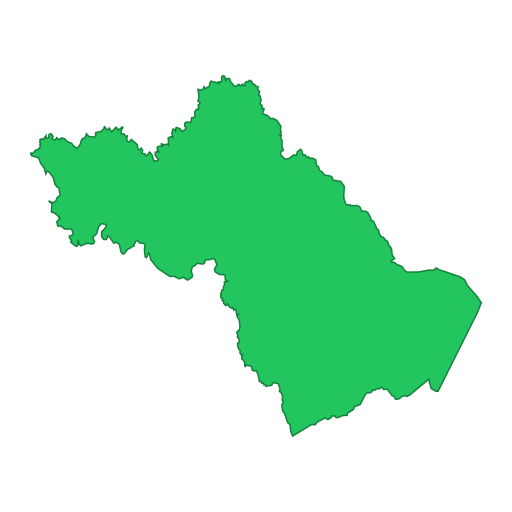 outline of Kedougou, Kédougou, Senegal
{"feature_id": "50182788B85082652306110", "entity_name": "Kedougou", "entity_type": "district", "adm_level": 2, "iso_a3": "SEN", "parent_name": "Senegal", "parent_adm1": "Kédougou", "projection": "equal_earth", "projection_center": [-12.631, 12.759], "detail": "fine", "context": "isolated", "style": "filled", "palette": "green", "viewbox_px": 512, "rotation_deg": 0, "n_neighbors": 0, "source": "geoboundaries", "source_scale": "gbopen_adm2", "svg_char_len": 5993}
<svg xmlns="http://www.w3.org/2000/svg" viewBox="0 0 512 512"><path d="M251.9,81.5L249.4,80.3L248.0,81.9L247.0,81.4L245.1,82.8L244.8,85.8L243.5,85.7L242.7,84.1L240.3,86.0L238.8,84.3L235.6,86.5L233.5,85.6L232.8,84.0L230.8,82.3L229.5,78.5L227.0,78.6L225.8,80.4L224.9,76.9L224.0,75.9L222.3,75.9L221.6,77.3L221.7,80.9L220.6,82.0L218.5,81.9L218.9,83.4L214.5,81.9L213.1,82.2L211.1,81.0L209.9,83.0L209.1,86.7L207.1,87.3L205.7,88.9L204.0,86.8L202.8,89.3L201.2,90.2L198.0,89.3L199.0,97.5L197.8,101.1L200.1,102.6L199.6,103.9L198.3,104.7L198.6,108.8L198.0,109.7L196.9,109.1L194.6,112.0L195.1,117.1L191.6,117.7L190.8,122.5L187.1,122.0L185.1,122.6L184.6,125.9L185.8,127.3L185.2,129.6L183.4,130.7L182.0,131.1L179.6,128.5L176.7,127.5L176.0,127.8L175.6,131.1L174.4,129.4L172.9,129.1L171.8,133.6L173.4,138.2L172.6,137.0L170.8,136.7L168.2,137.9L168.6,145.1L167.2,144.1L163.8,144.8L161.4,143.7L161.3,144.7L162.2,146.3L158.3,146.4L157.2,147.4L157.4,149.4L159.3,152.8L157.3,150.7L156.5,152.1L155.4,152.2L155.2,155.3L158.4,159.4L157.2,160.9L153.8,161.0L151.8,154.5L149.6,152.1L146.5,156.0L145.4,155.3L144.9,153.8L141.5,153.3L142.7,150.4L141.1,148.1L139.3,149.9L137.9,149.1L137.2,144.4L131.2,139.4L129.0,142.2L127.2,141.5L126.7,138.5L127.3,135.9L125.9,136.4L123.7,133.7L121.5,134.3L120.9,133.2L121.7,129.2L122.8,127.8L122.5,126.9L118.1,130.1L116.5,127.4L115.7,127.5L111.7,131.9L109.1,128.0L107.9,129.7L106.5,129.6L104.7,126.7L104.2,127.0L103.9,128.7L100.6,131.7L95.9,132.4L95.4,133.1L95.8,135.3L94.6,137.1L88.8,136.5L86.5,133.8L85.2,137.3L82.2,138.9L80.9,141.3L80.8,143.1L78.6,146.8L76.3,148.1L72.9,145.3L71.6,143.3L67.1,141.4L64.3,138.6L61.2,137.9L59.5,139.9L56.6,137.7L55.6,139.7L52.2,139.4L52.0,138.6L53.1,136.5L51.0,133.6L49.0,134.6L48.7,137.6L47.8,138.2L46.1,137.9L46.0,135.7L43.5,139.3L41.8,138.9L39.9,139.6L40.4,140.6L39.7,142.1L40.6,143.6L39.8,144.7L40.5,145.9L39.5,147.9L37.4,149.9L36.0,149.9L32.5,153.5L31.0,153.0L30.7,154.2L31.9,155.9L38.6,157.8L40.6,163.2L44.4,168.5L45.8,173.9L46.8,171.3L49.0,172.0L53.2,177.4L54.9,184.1L56.8,186.7L58.9,188.0L60.1,195.2L57.0,197.7L55.9,200.9L53.1,202.7L48.6,200.9L52.0,203.8L51.4,212.0L54.2,212.9L59.5,216.9L59.7,218.4L59.2,218.2L59.7,218.9L56.8,221.7L57.7,226.0L61.1,226.1L64.5,229.0L71.5,229.1L72.9,232.5L72.9,234.7L69.4,236.1L69.3,237.6L71.6,240.5L70.7,241.8L71.1,242.5L75.1,245.7L76.7,246.4L78.0,245.3L78.0,239.8L79.0,243.4L80.6,245.8L87.4,243.2L91.8,244.1L93.4,243.6L94.6,241.8L93.3,239.0L93.2,236.7L96.6,233.9L98.7,226.6L101.5,223.6L105.6,224.4L106.3,225.5L105.6,227.5L101.6,231.9L101.7,237.1L103.7,239.5L106.2,239.5L107.3,237.9L107.4,235.7L109.3,236.7L113.7,243.1L116.2,242.4L119.3,244.1L121.0,252.0L122.9,254.1L124.2,253.7L127.8,249.0L129.5,248.6L131.7,246.7L133.8,246.3L133.8,245.2L136.1,240.8L137.2,240.5L139.7,242.9L144.2,243.6L145.0,245.1L144.4,250.2L145.2,257.0L146.2,257.6L147.1,256.8L148.6,252.8L149.3,253.4L150.7,259.6L157.9,268.5L170.0,276.5L174.0,276.2L179.0,278.8L183.7,277.3L186.2,279.5L188.0,280.0L192.4,276.8L192.5,275.3L191.2,271.3L192.3,266.8L194.8,265.7L197.4,263.3L203.0,264.1L204.1,263.2L205.8,259.8L209.3,259.8L213.2,258.5L214.8,259.5L216.9,264.8L214.4,269.4L215.1,271.8L219.5,274.5L224.1,274.7L225.3,276.0L225.1,278.7L226.1,281.1L227.8,281.3L227.0,281.9L225.2,281.4L224.3,282.2L224.5,284.6L223.4,286.9L223.4,289.1L223.2,289.8L221.8,290.1L221.5,292.7L220.9,293.0L220.8,297.6L222.7,298.6L222.1,299.7L222.5,300.9L223.6,300.8L223.7,303.3L225.7,305.6L226.9,305.2L227.1,303.7L227.7,303.9L229.7,307.2L231.2,308.1L232.2,307.3L233.9,310.2L235.0,309.1L236.0,310.0L236.7,314.7L238.4,314.2L237.1,316.4L239.2,320.2L240.0,326.2L239.4,330.0L237.1,331.6L236.8,333.0L237.6,334.2L237.5,337.6L238.4,337.7L239.5,340.5L238.7,342.9L237.5,343.2L237.6,345.6L238.7,349.1L240.1,350.3L240.0,353.2L240.8,354.4L242.3,354.6L241.7,355.5L241.8,359.0L242.5,359.1L244.7,362.4L244.8,365.9L245.2,366.5L246.3,365.3L249.1,365.6L251.8,366.8L252.1,370.1L252.9,369.9L254.0,371.1L256.3,370.5L258.3,375.5L259.3,381.3L260.9,381.4L261.6,383.2L263.5,382.8L263.9,384.9L265.3,384.9L266.0,386.3L271.7,385.3L272.7,383.2L273.8,382.7L278.1,383.6L280.0,388.5L279.4,391.5L281.3,392.6L282.6,396.0L282.2,400.1L283.4,401.6L281.8,405.0L282.6,410.9L284.4,413.0L287.6,422.5L290.0,424.7L290.7,431.1L292.6,436.1L311.5,424.5L315.4,424.7L317.1,422.1L325.1,417.9L327.6,419.5L330.2,418.5L332.0,416.0L334.7,415.9L336.0,417.5L337.4,417.7L343.2,415.4L347.1,415.4L347.7,412.9L353.1,409.8L354.7,406.6L360.1,404.6L365.6,394.1L367.5,392.7L369.5,393.0L371.5,392.0L372.9,390.1L375.1,390.1L376.9,388.6L379.3,389.0L381.5,387.1L383.5,389.4L387.3,389.3L392.1,395.7L394.0,396.2L395.4,399.2L397.0,399.2L399.7,398.6L400.8,397.1L404.8,395.5L406.6,396.5L409.8,395.0L428.7,379.3L431.1,388.4L435.9,391.3L438.0,391.3L477.3,312.7L481.3,302.8L480.8,301.9L476.9,296.3L467.3,285.3L464.7,279.8L460.3,276.9L439.1,269.7L436.0,267.9L435.0,269.2L432.4,270.4L429.8,269.9L418.6,272.0L407.3,272.1L405.4,271.3L402.3,267.0L399.1,265.1L398.1,265.3L394.2,262.4L391.6,262.1L391.3,260.7L394.6,258.7L392.1,254.7L391.6,249.3L390.4,246.6L389.2,246.2L387.3,241.1L385.2,239.8L383.4,237.3L381.0,236.6L379.0,232.9L378.6,230.2L376.7,228.4L373.5,221.3L371.1,220.3L370.8,218.4L368.3,213.3L366.1,211.3L361.6,211.1L360.1,207.2L357.4,205.5L350.6,205.7L350.5,205.0L346.1,204.6L344.2,199.7L343.7,196.3L344.3,186.4L340.5,181.3L333.8,180.3L332.6,179.5L332.4,177.7L331.2,176.3L324.5,175.0L321.9,171.7L319.4,170.2L318.5,166.6L316.6,165.7L315.6,159.7L312.0,158.0L309.3,158.4L308.5,156.8L306.5,157.2L305.2,154.8L303.0,155.0L301.5,150.2L300.5,149.3L297.2,151.9L296.7,155.1L293.5,155.0L289.0,158.5L284.9,159.1L281.0,155.0L280.5,154.3L281.1,151.1L282.8,150.8L283.4,149.8L282.0,146.8L282.0,140.5L280.6,137.6L281.4,135.0L279.8,135.1L281.2,132.1L280.5,130.3L280.8,126.1L276.8,120.3L273.1,118.4L270.8,118.7L267.6,115.6L263.0,113.8L262.7,112.6L264.2,109.0L263.0,108.3L261.8,108.8L262.1,105.7L260.1,103.6L261.1,99.9L260.0,95.8L258.7,95.1L259.6,91.6L257.5,89.5L258.1,86.6L255.9,86.2L254.7,84.5L252.0,83.6L251.9,81.5Z" fill="#22c55e" stroke="#15803d" stroke-width="1.5"/></svg>